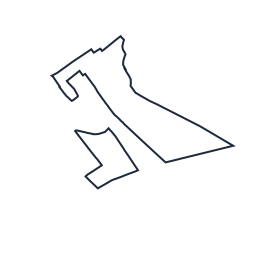 San Sebastián Tutla, Oaxaca, Mexico, rotated 310°
{"feature_id": "50627088B66033285847791", "entity_name": "San Sebastián Tutla", "entity_type": "district", "adm_level": 2, "iso_a3": "MEX", "parent_name": "Mexico", "parent_adm1": "Oaxaca", "projection": "natural_earth1", "projection_center": [-96.683, 17.044], "detail": "fine", "context": "isolated", "style": "outline", "palette": "slate", "viewbox_px": 256, "rotation_deg": 310, "n_neighbors": 0, "source": "geoboundaries", "source_scale": "gbopen_adm2", "svg_char_len": 3669}
<svg xmlns="http://www.w3.org/2000/svg" viewBox="0 0 256 256"><g transform="rotate(310 128 128)"><path d="M125.8,178.9L182.0,220.0L175.7,182.3L164.7,134.7L163.0,128.5L162.9,128.3L160.6,115.9L160.2,112.9L159.9,111.4L159.8,111.1L160.3,109.3L160.9,106.8L161.9,103.1L162.3,102.6L164.4,101.2L167.1,98.7L168.6,95.1L169.9,91.1L170.2,90.0L171.1,87.9L171.2,88.2L171.4,88.4L173.2,83.8L174.4,82.7L176.1,81.5L178.1,80.5L179.0,80.2L180.0,79.7L180.8,79.4L182.7,78.8L183.2,78.1L184.0,75.8L184.5,74.7L184.6,74.4L184.7,74.0L184.8,73.7L185.3,73.1L186.7,71.4L186.9,71.3L187.1,71.1L187.3,71.0L187.4,70.9L190.2,69.5L193.0,68.2L193.2,65.5L193.2,64.6L193.4,64.3L193.5,63.9L193.6,63.4L192.1,63.0L188.7,62.3L188.5,62.2L186.3,61.8L182.0,61.0L181.1,60.8L180.5,60.7L179.2,60.4L178.7,60.4L177.4,60.1L176.6,59.9L175.4,59.7L174.4,59.5L173.7,59.4L170.3,58.6L170.5,57.9L171.0,55.8L170.9,55.7L166.8,54.4L166.5,54.3L163.8,53.4L164.0,52.1L164.7,49.3L160.2,48.0L143.8,43.2L140.3,42.3L140.2,42.3L139.9,42.2L124.9,38.4L121.4,37.0L119.0,36.0L119.1,36.7L119.1,37.7L117.8,42.2L116.5,46.8L115.8,49.4L115.2,49.3L114.4,53.1L113.5,57.1L113.4,57.8L113.0,59.7L112.9,59.8L112.9,61.9L112.9,62.8L112.8,63.6L112.7,65.2L112.6,66.6L112.6,67.0L112.6,67.5L112.8,67.6L113.7,67.9L115.4,68.4L116.2,68.5L116.9,68.7L117.4,68.8L119.0,69.2L119.8,69.3L120.2,69.2L120.6,68.8L121.2,67.2L123.0,62.4L123.4,61.3L123.6,59.0L123.9,56.4L124.0,54.3L124.1,54.0L124.2,53.5L124.5,52.1L124.7,50.9L131.5,52.3L132.4,52.5L133.7,52.7L133.8,52.8L135.2,53.0L135.6,53.1L136.8,53.4L137.7,53.5L138.6,53.7L140.6,54.1L140.1,56.2L139.6,58.2L139.3,59.6L141.9,60.4L141.0,64.2L140.7,65.1L140.7,65.5L140.3,66.9L138.0,76.6L137.9,76.9L137.6,77.4L137.2,78.9L136.7,79.9L136.3,81.0L136.2,81.3L134.4,88.1L134.1,89.3L133.8,90.5L133.4,92.2L132.9,94.0L132.6,95.5L132.5,95.8L132.0,98.2L132.0,98.5L131.9,98.6L131.4,100.3L130.7,103.5L129.6,108.4L129.5,108.9L129.4,109.1L129.5,109.7L129.5,109.8L129.4,113.3L129.3,114.4L129.3,115.7L129.1,116.8L128.9,118.2L128.9,119.1L129.0,120.8L128.6,121.9L128.4,126.4L127.9,135.2L127.9,135.6L127.5,143.6L127.3,146.3L127.3,146.8L127.3,147.4L127.2,148.4L127.2,150.1L127.0,153.1L126.2,169.6L125.8,178.9ZM91.7,89.5L91.3,91.2L89.9,97.3L89.1,101.2L88.3,104.8L87.5,108.8L87.3,109.3L86.6,112.6L85.6,117.4L85.5,118.0L84.6,122.4L84.5,122.9L84.4,124.1L82.7,131.4L82.6,131.9L76.1,130.0L73.4,129.2L71.8,128.7L71.5,128.7L71.1,128.5L68.0,127.5L67.5,127.3L67.3,127.2L63.8,126.6L63.6,126.6L63.0,133.5L62.4,143.7L64.1,144.3L77.9,149.3L86.8,154.5L87.4,154.8L88.8,155.5L89.6,156.0L90.6,156.5L91.5,157.0L93.3,158.0L96.1,159.6L98.4,160.9L98.6,161.1L102.1,162.8L104.7,153.7L105.9,149.6L106.3,148.2L107.1,145.6L107.2,145.3L107.4,144.4L107.9,142.7L108.2,141.7L108.3,141.2L108.5,140.4L108.5,140.2L108.7,139.8L108.8,139.5L108.9,139.1L109.0,138.9L109.3,138.1L109.4,137.8L109.5,137.5L109.6,137.1L109.6,136.9L110.4,134.5L111.2,131.6L112.7,126.5L112.9,125.9L113.0,125.8L113.2,125.0L113.5,123.9L113.6,123.6L113.7,123.1L113.8,122.0L114.0,121.3L114.1,120.7L114.3,119.7L114.4,119.1L114.6,118.1L114.8,117.4L114.7,116.6L115.3,113.5L115.3,113.3L115.2,113.3L114.6,113.3L113.8,113.2L113.4,113.2L111.9,113.0L111.3,113.0L110.6,113.0L110.4,113.0L110.0,112.8L109.5,112.4L109.1,112.2L108.7,112.0L108.1,111.6L107.4,111.1L107.2,111.0L107.0,110.9L106.6,110.6L106.2,110.4L105.5,109.9L105.1,109.7L104.9,109.5L104.5,109.2L103.6,108.4L102.7,107.5L101.3,105.8L100.7,105.0L100.8,104.7L100.2,103.8L100.1,103.6L99.8,103.0L99.7,102.8L99.5,102.4L99.3,102.2L98.7,101.0L98.6,100.8L97.9,99.5L97.8,99.3L97.1,97.8L97.0,97.6L96.7,97.0L96.5,96.7L95.9,95.5L95.3,94.3L94.7,93.1L94.1,92.0L93.5,90.9L93.1,90.0L92.8,89.8L92.4,89.6L92.0,89.6L91.7,89.5Z" fill="none" stroke="#1e293b" stroke-width="2"/></g></svg>